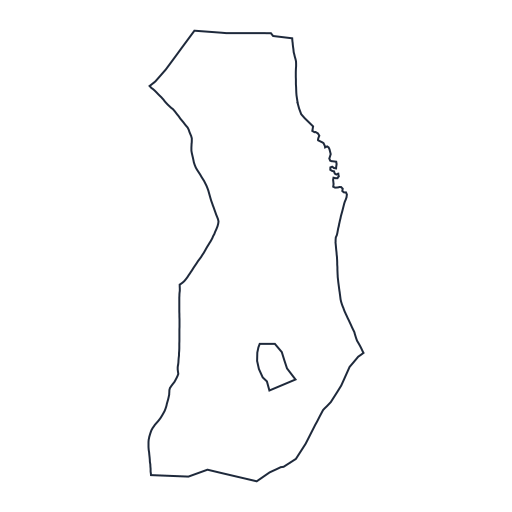 Al Bayda, Al Bayda', Yemen (Robinson projection)
{"feature_id": "15242507B85556873908580", "entity_name": "Al Bayda", "entity_type": "district", "adm_level": 2, "iso_a3": "YEM", "parent_name": "Yemen", "parent_adm1": "Al Bayda'", "projection": "robinson", "projection_center": [45.56, 14.065], "detail": "fine", "context": "isolated", "style": "outline", "palette": "slate", "viewbox_px": 512, "rotation_deg": 0, "n_neighbors": 0, "source": "geoboundaries", "source_scale": "gbopen_adm2", "svg_char_len": 5872}
<svg xmlns="http://www.w3.org/2000/svg" viewBox="0 0 512 512"><path d="M256.7,481.3L269.6,472.4L272.8,470.9L276.1,469.4L280.3,467.4L280.6,467.2L283.6,466.8L295.9,458.9L305.6,443.8L307.8,439.5L311.6,432.0L314.1,427.1L315.4,424.5L315.6,424.2L317.1,421.5L319.9,416.0L323.1,410.0L324.7,408.3L326.9,406.2L330.8,402.1L332.7,399.1L337.3,391.9L341.2,385.6L344.2,379.0L344.9,377.4L349.6,366.9L353.7,362.1L358.2,356.7L360.8,354.9L363.5,352.9L362.5,351.0L361.5,348.8L360.3,346.4L359.2,344.4L358.1,342.5L357.2,341.0L357.0,340.6L356.2,338.4L356.0,337.8L355.5,336.2L354.8,333.9L354.5,332.8L354.5,332.6L354.2,331.8L353.1,329.6L351.9,327.1L350.9,324.8L349.9,322.7L348.8,320.3L347.7,318.1L346.8,316.1L345.7,313.8L345.5,313.3L344.7,311.6L343.7,309.0L343.5,308.3L342.8,306.7L341.9,304.3L341.1,301.7L340.6,299.5L340.3,297.2L340.0,294.8L339.7,292.7L339.7,292.3L339.6,291.9L339.3,290.0L339.3,289.7L339.2,289.2L338.9,286.8L338.6,284.6L338.3,282.3L338.1,280.4L338.0,279.5L337.7,276.8L337.7,275.9L337.6,274.5L337.5,272.0L337.4,269.6L337.4,267.2L337.2,264.5L337.2,262.2L337.1,259.8L337.0,258.3L337.0,257.5L336.8,255.6L336.7,255.0L336.5,252.3L336.2,249.7L336.0,247.5L335.8,245.3L335.5,242.2L335.6,241.8L335.6,239.8L335.8,237.4L336.8,235.2L337.3,233.2L337.8,230.5L338.2,228.3L338.7,226.4L338.7,226.1L338.8,226.0L338.8,225.9L338.9,225.5L339.1,224.3L339.1,224.0L339.3,223.4L339.9,220.6L340.5,218.2L340.9,216.2L342.3,211.1L343.4,206.8L344.2,203.6L344.8,201.7L345.8,199.4L346.6,197.0L346.6,196.5L346.9,194.6L346.0,192.4L345.0,192.4L344.0,192.4L343.3,191.9L342.3,191.0L342.7,188.7L341.7,187.7L341.2,187.1L339.4,187.0L338.2,187.4L337.1,187.5L335.8,187.6L335.0,187.6L333.2,186.7L333.5,184.7L333.5,184.3L333.5,184.2L333.6,183.9L333.4,183.0L333.4,182.3L333.1,179.9L333.5,177.7L334.4,177.9L334.7,178.0L334.9,178.0L335.4,178.2L337.5,178.2L338.1,177.1L338.8,176.4L338.4,174.6L338.3,173.6L338.2,173.6L336.4,174.5L335.7,174.2L334.8,173.6L334.1,171.7L334.1,171.4L332.1,170.9L330.3,169.8L330.3,169.7L330.4,167.4L332.2,166.7L333.3,167.5L333.8,168.0L335.9,168.4L335.9,168.1L336.1,168.1L336.2,166.7L336.3,166.2L336.6,164.0L336.5,163.5L336.2,161.7L332.1,161.2L331.6,161.2L331.1,161.0L330.2,160.7L329.3,158.5L329.5,158.0L330.1,156.1L330.7,154.1L329.5,149.3L328.6,147.4L327.1,146.4L325.1,147.4L324.9,146.1L323.5,143.1L322.4,142.4L318.1,140.3L318.0,139.7L318.4,137.9L319.3,135.7L317.9,133.4L315.5,132.0L314.5,132.2L312.3,130.9L312.4,130.4L312.7,128.8L312.7,128.7L313.0,126.8L313.1,126.6L313.1,126.4L312.7,126.0L304.7,118.2L301.2,114.2L299.1,108.5L297.6,103.0L297.5,102.8L297.7,102.7L297.3,100.8L297.2,99.7L297.1,99.4L296.9,98.0L296.5,95.3L296.3,92.7L296.2,90.1L296.1,87.2L295.9,84.2L295.9,81.6L295.9,79.3L295.8,76.9L295.8,74.3L295.8,74.0L295.8,72.1L295.9,69.0L296.1,66.2L296.1,65.3L296.1,63.6L296.0,61.3L295.5,59.1L294.8,56.7L294.3,54.5L293.7,52.2L293.4,49.2L293.0,46.5L292.7,43.8L292.7,43.2L292.4,41.2L292.2,38.3L273.1,36.0L270.9,33.2L255.0,33.1L225.9,33.1L221.3,32.7L194.4,30.7L194.2,31.0L181.7,47.9L177.4,53.8L171.2,62.2L165.8,69.5L155.3,81.5L149.6,86.0L149.9,86.3L151.3,87.9L153.0,89.1L154.6,90.5L156.5,92.4L158.2,94.2L159.8,95.8L161.4,97.3L162.6,98.7L163.3,99.4L164.7,101.3L166.1,102.9L166.4,103.2L167.6,104.5L169.2,106.0L171.0,107.7L173.0,109.2L174.6,111.1L174.8,111.3L176.0,112.9L177.3,114.6L178.1,115.5L179.0,116.7L180.2,118.5L181.2,119.7L181.7,120.3L183.3,122.2L184.3,123.5L184.8,124.2L186.1,125.8L187.6,127.5L188.7,129.7L189.5,132.1L190.5,134.5L191.2,136.1L191.3,136.6L191.8,138.3L191.8,138.7L191.8,139.2L191.8,140.6L191.8,140.9L191.7,143.1L191.6,143.3L191.5,145.5L191.4,147.3L191.4,148.2L191.4,150.7L191.8,153.0L192.3,155.2L192.9,157.7L193.5,160.5L193.8,162.1L194.0,162.8L194.7,164.9L195.8,167.6L197.0,169.7L198.5,172.0L200.2,174.6L201.5,176.9L202.9,179.1L204.1,181.0L205.2,183.2L206.5,185.8L207.5,188.3L208.3,190.5L209.0,193.0L209.7,195.5L210.4,198.0L211.2,200.7L212.1,203.2L212.8,205.2L212.8,205.4L213.3,206.5L213.5,207.1L213.7,207.6L214.5,209.9L215.4,212.4L216.2,214.7L217.2,217.1L218.0,219.2L218.5,221.5L218.2,223.7L217.5,226.3L216.3,229.3L215.1,231.9L214.3,234.1L213.2,236.0L212.3,238.2L211.6,239.5L211.4,239.9L211.2,240.2L210.4,241.7L210.0,242.2L208.8,244.2L207.3,246.6L206.2,248.5L205.1,250.5L203.9,252.6L203.6,253.1L202.3,255.0L201.1,257.0L199.3,259.4L198.0,261.1L196.6,263.3L195.3,265.2L193.8,267.4L193.1,268.5L192.5,269.5L191.2,271.5L190.8,272.0L190.2,273.0L190.0,273.3L188.6,275.3L187.4,277.2L185.8,279.3L184.2,281.2L182.5,282.7L180.4,284.2L179.7,284.6L179.7,286.2L179.8,288.5L179.8,290.8L179.5,293.1L179.4,294.9L179.4,295.9L179.3,297.5L179.3,298.8L179.3,301.3L179.3,304.1L179.3,307.0L179.3,309.4L179.3,311.8L179.4,314.2L179.4,316.6L179.5,319.3L179.5,321.7L179.5,324.2L179.5,326.9L179.4,329.4L179.4,331.8L179.4,334.6L179.4,336.8L179.4,339.0L179.4,341.2L179.3,343.5L179.3,345.9L179.3,348.2L179.2,350.9L179.0,353.1L179.0,355.3L178.9,356.3L178.7,357.8L178.5,360.2L178.4,362.4L178.1,364.9L178.0,365.0L177.7,367.2L177.7,369.5L178.0,371.9L178.3,373.9L177.5,376.0L176.5,378.1L175.8,379.4L175.5,380.0L174.4,382.0L172.8,384.0L171.3,386.0L170.4,387.4L170.0,387.9L169.4,390.0L169.3,392.3L169.2,393.8L169.2,394.5L168.7,396.9L168.1,399.5L167.4,401.9L167.0,403.3L166.8,404.0L166.6,405.1L166.2,406.6L165.5,408.7L164.6,411.0L163.4,413.2L162.2,415.3L161.1,417.1L160.4,418.2L159.8,419.0L158.4,420.8L157.8,421.5L157.0,422.4L155.6,424.0L154.9,424.8L154.1,426.0L152.6,428.1L151.4,430.3L150.6,432.5L149.9,434.7L149.2,437.1L149.1,437.8L149.0,438.4L148.7,439.6L148.5,442.0L148.5,444.3L148.5,447.0L148.7,449.8L149.1,452.4L149.3,454.6L149.6,457.4L149.8,459.7L149.9,461.9L150.3,464.3L150.4,466.6L150.6,468.8L150.6,471.5L150.9,473.7L151.0,475.1L188.4,476.6L207.5,469.7L220.9,472.9L256.7,481.3ZM274.9,343.9L281.8,352.1L284.3,360.2L287.0,368.4L295.5,379.5L269.4,390.5L266.9,381.4L262.7,377.4L258.9,369.0L257.3,361.8L257.1,361.0L257.3,352.6L258.4,347.4L259.7,343.9L274.9,343.9Z" fill="none" stroke="#1e293b" stroke-width="2"/></svg>